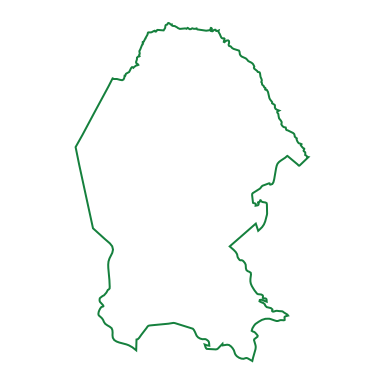 Coahuila, Albers equal-area conic projection
{"feature_id": "MEX-2708", "entity_name": "Coahuila", "entity_type": "State", "adm_level": 1, "iso_a3": "MEX", "parent_name": "Mexico", "parent_adm1": "", "projection": "albers", "projection_center": [-101.519, 27.229], "detail": "fine", "context": "isolated", "style": "outline", "palette": "green", "viewbox_px": 384, "rotation_deg": 0, "n_neighbors": 0, "source": "natural_earth", "source_scale": "10m", "svg_char_len": 5919}
<svg xmlns="http://www.w3.org/2000/svg" viewBox="0 0 384 384"><path d="M168.3,23.0L169.4,23.3L170.8,24.6L171.8,24.4L172.0,25.5L172.8,25.9L174.8,26.1L177.3,27.5L178.0,28.1L179.9,28.9L185.2,28.4L186.6,28.8L187.5,27.9L188.3,28.2L189.1,28.9L189.8,29.2L190.9,29.1L192.2,28.3L193.8,28.8L195.6,28.8L196.3,28.4L196.6,28.4L196.8,29.0L197.3,29.4L206.2,30.7L209.1,30.3L209.9,30.0L210.5,29.3L210.7,28.1L210.9,27.9L211.3,28.0L211.7,28.4L211.9,29.0L211.1,31.0L212.3,31.3L213.2,30.8L214.0,30.0L215.1,29.7L215.6,29.8L215.9,30.7L216.5,31.0L217.7,30.9L218.7,30.5L218.5,31.3L218.6,32.1L219.9,34.3L220.3,35.4L221.3,37.5L221.8,38.0L222.5,38.4L224.0,38.3L224.5,38.7L224.4,39.7L223.9,41.0L223.8,41.9L224.5,42.2L225.4,41.3L226.8,40.5L228.2,40.4L229.0,41.1L229.1,42.8L228.6,44.7L228.8,45.5L229.3,46.1L230.5,46.3L231.0,46.7L232.1,48.0L233.6,48.9L239.0,50.6L239.5,51.7L239.9,54.4L240.7,55.7L241.8,56.6L245.8,58.4L247.1,59.6L248.2,61.0L248.7,61.3L251.3,62.6L252.4,63.4L253.2,64.3L254.3,66.5L253.9,67.8L254.3,68.7L257.3,71.1L257.7,71.9L259.5,72.3L260.0,73.2L260.5,76.8L261.6,79.3L261.8,80.7L261.3,82.0L261.7,82.4L261.9,82.9L262.1,84.4L262.4,84.9L263.7,86.0L264.2,87.3L265.3,87.9L265.5,88.4L265.1,89.2L265.3,89.6L265.7,89.8L266.5,89.8L266.9,90.0L267.1,90.4L268.0,92.0L269.4,98.1L270.1,99.5L272.2,102.2L272.1,103.3L274.6,104.8L274.9,105.4L274.9,107.6L275.6,108.9L276.8,109.7L279.1,110.6L277.5,111.4L277.2,111.9L277.3,112.6L278.3,113.9L278.6,116.2L279.1,118.4L280.8,120.5L281.6,121.9L281.7,122.9L281.3,124.1L281.9,125.3L282.8,126.4L283.8,127.1L285.7,127.5L286.2,129.7L286.7,130.1L287.6,130.3L293.1,133.0L294.2,134.0L294.6,135.4L294.7,136.3L294.8,136.7L296.4,138.2L296.8,138.4L296.6,139.5L297.4,141.4L297.9,142.2L298.7,143.2L300.8,143.8L301.5,144.2L300.8,145.2L301.4,146.1L302.3,147.2L303.3,148.2L304.2,148.6L304.3,148.9L303.6,150.5L303.8,151.2L304.8,151.9L305.2,152.4L305.3,153.0L305.2,154.4L305.2,155.0L305.5,155.1L306.3,155.7L307.0,156.4L307.0,156.8L308.4,157.1L299.6,165.5L299.1,165.7L298.6,165.5L297.7,164.5L287.4,155.9L287.0,156.1L285.2,157.7L281.1,160.4L279.1,161.9L277.6,163.6L276.7,165.7L276.1,168.2L274.2,179.2L273.4,182.3L272.3,184.0L270.6,184.6L270.1,184.6L269.8,184.2L269.5,183.3L269.1,183.3L262.6,185.7L261.8,186.3L260.5,188.0L259.8,188.7L252.8,193.1L252.2,193.9L252.1,195.1L253.0,202.8L254.0,203.2L255.0,203.4L255.8,204.1L255.6,205.7L257.8,205.3L258.4,204.8L258.7,203.8L258.0,202.9L258.0,202.5L258.3,202.1L259.3,202.1L259.6,201.9L260.2,200.3L260.6,200.2L261.3,201.3L262.4,202.0L265.5,202.5L266.6,203.1L266.9,204.4L267.1,213.6L266.9,214.9L265.2,221.4L263.9,224.5L262.1,227.1L260.2,229.0L258.2,230.8L255.8,223.6L229.7,246.4L233.8,250.0L235.8,252.1L237.1,254.3L237.5,256.5L237.8,257.5L239.2,259.5L239.8,260.1L240.4,260.3L241.5,260.2L242.5,260.5L243.5,261.3L245.0,263.2L245.7,264.8L245.9,268.3L246.4,270.0L247.6,271.1L249.3,271.8L250.7,272.7L251.0,274.4L250.4,279.0L250.4,281.4L250.8,283.6L251.8,286.0L253.1,288.2L254.5,290.4L257.0,293.6L258.1,294.2L261.2,294.5L262.2,295.0L262.7,295.4L263.0,296.1L262.8,297.5L262.9,298.0L263.5,298.3L265.3,298.4L266.0,298.7L266.5,299.3L266.6,300.1L266.7,301.7L261.3,299.7L259.8,300.0L259.5,301.3L261.2,302.2L263.4,303.1L264.8,304.3L265.2,305.5L266.7,307.1L270.9,308.1L272.4,309.4L272.4,310.0L272.1,310.5L272.1,311.0L272.6,311.5L273.6,311.6L275.9,310.9L276.9,310.8L279.0,311.1L282.1,311.3L282.7,311.5L284.1,312.6L287.4,314.6L288.1,315.6L285.8,316.2L284.7,316.8L284.5,317.3L284.7,319.9L283.9,320.3L281.5,320.1L280.4,320.1L277.8,321.0L276.5,321.0L275.1,320.6L270.7,319.1L269.2,318.7L265.4,318.8L261.9,319.9L258.6,321.8L255.4,324.0L254.0,325.7L252.4,328.4L251.7,330.8L253.0,331.6L254.1,331.9L255.1,332.6L256.9,334.6L257.7,335.7L257.5,336.7L254.3,339.2L254.0,340.1L255.4,344.8L255.7,346.2L255.7,347.6L255.5,349.2L253.0,358.0L252.3,361.0L247.8,358.4L246.7,358.0L245.7,358.1L243.5,358.8L241.4,358.6L239.0,357.7L236.8,356.2L235.4,354.5L234.9,353.4L233.9,350.3L232.6,348.2L231.0,346.4L229.0,345.0L227.1,344.7L222.7,345.4L222.5,343.8L217.9,348.6L216.9,349.2L215.7,349.4L206.8,348.9L206.1,348.3L205.5,347.1L204.7,344.5L206.9,345.3L209.3,345.7L209.1,343.2L208.8,341.9L208.3,341.0L206.6,339.7L205.6,339.2L204.8,339.1L202.5,339.2L200.2,338.6L198.1,337.4L196.6,335.7L194.9,331.8L193.8,329.8L192.8,328.7L174.9,323.1L173.4,322.9L168.4,323.7L151.4,325.3L149.6,325.5L148.4,325.8L147.5,326.6L146.4,328.2L141.3,334.8L139.2,337.8L137.8,339.2L136.5,339.5L136.2,350.3L132.4,347.3L128.8,345.3L126.4,344.4L119.2,342.5L116.5,341.5L114.2,340.0L112.8,337.7L112.5,335.2L112.6,332.6L112.4,330.2L111.6,328.2L109.7,326.7L107.3,325.3L105.2,323.8L103.8,321.7L103.3,320.3L102.5,319.0L101.6,317.9L99.0,315.6L98.5,314.8L98.4,313.7L98.7,311.9L99.3,310.3L100.1,308.7L101.2,307.2L101.7,306.9L102.9,306.6L103.4,306.2L103.3,305.6L102.8,304.9L100.0,301.9L99.6,300.8L99.6,299.3L99.8,298.3L100.5,297.6L102.6,296.0L103.9,295.4L104.3,295.0L106.4,292.6L107.8,290.0L108.8,289.4L109.6,288.5L109.7,286.7L109.4,280.0L108.3,268.0L108.2,264.7L108.5,261.5L109.5,258.4L112.3,252.8L113.0,249.6L112.2,246.3L109.9,243.4L104.7,238.9L93.0,228.3L79.2,164.8L75.6,147.1L82.4,135.0L94.3,112.7L108.5,86.4L113.0,77.6L112.8,78.5L113.6,79.0L116.9,79.0L119.9,79.8L122.1,80.2L123.5,79.5L124.3,77.8L124.6,75.6L125.1,75.5L125.3,75.6L125.9,73.9L126.4,73.5L128.6,72.3L129.1,72.0L129.5,71.3L131.1,68.1L132.1,67.1L133.4,67.8L133.7,67.3L136.2,65.5L137.7,65.2L138.3,64.9L137.8,64.2L136.5,63.3L136.1,62.7L136.1,61.9L136.9,59.5L137.0,57.6L138.1,56.6L139.1,56.5L139.6,56.2L139.1,55.1L139.2,54.7L139.7,53.9L139.7,53.1L139.4,51.7L139.5,50.8L140.2,49.6L142.0,45.0L142.5,44.6L142.8,44.1L142.6,43.2L143.1,43.0L143.2,42.8L142.9,41.9L143.6,41.6L143.9,41.3L145.4,38.3L145.6,38.3L145.9,37.4L147.5,34.6L147.9,32.8L148.3,32.4L150.8,32.4L151.7,32.2L153.7,31.1L154.8,30.7L155.0,30.8L155.2,31.5L155.5,31.6L155.9,31.6L156.7,30.8L157.2,30.0L157.6,29.9L163.6,30.4L165.0,28.2L165.2,27.6L165.4,25.9L165.6,25.3L166.0,24.9L167.3,24.5L167.8,23.4L168.3,23.0Z" fill="none" stroke="#15803d" stroke-width="2"/></svg>